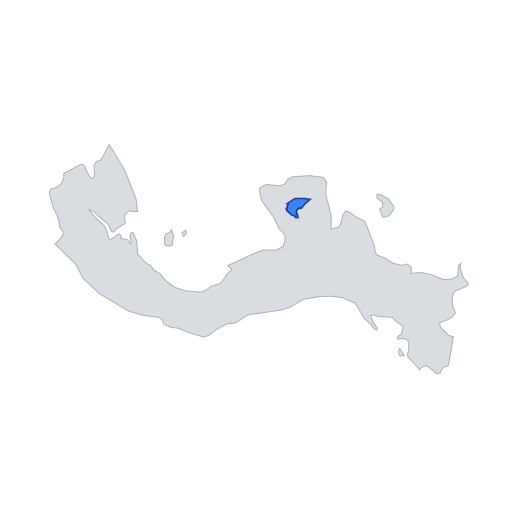 location of Macaracas, Los Santos, Panama, rotated 189°
{"feature_id": "35544464B79147268573624", "entity_name": "Macaracas", "entity_type": "district", "adm_level": 2, "iso_a3": "PAN", "parent_name": "Panama", "parent_adm1": "Los Santos", "projection": "albers", "projection_center": [-80.516, 7.678], "detail": "fine", "context": "in_parent", "style": "filled", "palette": "blue", "viewbox_px": 512, "rotation_deg": 189, "n_neighbors": 0, "source": "geoboundaries", "source_scale": "gbopen_adm2", "svg_char_len": 4939}
<svg xmlns="http://www.w3.org/2000/svg" viewBox="0 0 512 512"><g transform="rotate(189 256 256)"><path d="M456.7,236.7L455.3,237.7L451.3,243.6L449.1,248.6L454.4,253.8L456.0,259.4L459.0,265.5L463.6,271.6L468.9,282.9L470.1,287.5L468.7,290.4L463.8,292.3L459.2,297.6L458.0,304.1L458.9,307.3L445.2,317.8L441.6,319.5L439.3,317.9L436.3,312.8L432.8,308.6L430.9,307.1L429.8,307.1L428.7,308.1L428.2,310.3L430.1,320.1L428.6,324.0L423.9,327.1L418.6,342.9L416.5,341.0L398.7,319.7L383.3,293.4L380.0,281.5L384.0,280.7L387.8,281.0L389.9,279.1L392.3,275.6L390.3,267.6L397.7,261.4L400.5,257.2L402.5,257.7L407.4,264.7L414.5,268.7L423.2,274.5L428.6,275.8L421.7,269.7L410.0,261.7L406.7,256.4L403.5,249.0L399.0,252.2L396.9,254.9L394.5,256.5L392.4,254.7L392.1,252.3L385.1,251.8L383.4,249.7L381.5,248.5L382.4,253.1L383.8,255.9L383.0,259.4L380.8,259.6L378.9,256.1L376.4,252.9L373.1,239.4L365.2,233.1L361.6,231.0L358.6,230.2L354.3,225.9L348.5,223.7L340.6,217.0L331.0,212.2L319.2,210.6L305.0,211.7L300.2,214.3L296.9,217.7L295.4,219.3L287.0,223.2L283.8,228.8L281.8,233.5L277.6,238.9L282.4,242.1L254.9,260.4L249.4,263.1L237.0,264.9L234.2,266.9L230.4,270.5L229.9,276.0L230.5,280.7L234.1,284.2L237.3,286.5L245.0,297.4L258.6,311.0L261.2,316.0L263.3,323.4L259.2,326.9L256.0,328.4L243.0,329.0L238.6,331.9L236.7,336.5L231.9,340.1L215.1,343.8L202.0,344.2L197.9,340.0L196.9,328.1L188.1,307.8L186.0,293.8L183.7,295.5L179.1,297.1L177.5,300.6L176.3,310.9L174.5,314.4L170.9,314.1L163.5,310.4L153.6,307.0L141.0,285.1L139.7,281.0L137.2,276.0L127.5,273.9L119.2,270.2L110.2,269.6L105.5,271.7L100.8,269.0L100.0,263.0L90.5,265.7L78.3,264.7L67.4,262.1L59.9,263.4L53.7,267.6L54.5,278.5L52.6,280.6L52.4,276.2L50.2,271.1L47.6,266.8L42.2,262.4L41.9,260.8L44.1,258.6L54.1,252.3L55.3,249.6L55.5,244.1L54.6,238.8L50.1,231.0L52.7,226.2L57.9,222.3L63.2,219.3L64.1,218.0L63.1,215.4L60.1,212.5L52.9,207.6L48.6,207.2L48.5,193.2L48.8,178.4L49.9,176.9L52.5,176.0L54.6,173.8L55.8,169.4L59.0,167.9L64.7,171.3L70.4,174.3L72.9,173.3L74.7,171.9L75.9,170.4L76.4,169.1L81.0,173.1L90.4,180.1L91.0,183.6L90.1,186.9L92.6,196.4L97.6,197.8L102.5,196.0L103.7,197.7L102.8,199.5L100.2,201.4L99.6,209.6L107.7,213.4L111.7,216.8L125.2,215.3L130.2,216.2L133.6,215.2L129.8,208.7L124.8,203.8L125.2,201.6L129.0,203.2L131.9,206.6L138.6,210.7L150.7,224.9L164.7,228.4L175.8,228.0L186.1,226.1L202.6,220.6L214.5,210.6L224.0,206.1L254.7,196.6L265.6,186.7L270.2,185.4L274.6,184.1L284.3,176.6L289.4,170.7L294.9,167.8L311.2,169.9L321.7,172.6L329.0,172.2L336.0,174.2L339.0,178.4L342.2,180.2L359.4,179.7L373.5,181.7L404.4,194.2L423.0,206.5L432.8,219.7L456.7,236.7ZM146.2,335.8L142.2,336.1L134.0,332.9L127.9,326.8L127.5,324.8L127.6,322.7L130.9,316.5L135.3,314.3L137.0,314.3L141.2,321.6L138.4,324.4L139.5,328.9L145.5,332.2L146.2,335.8ZM345.0,265.8L343.5,268.9L340.1,262.0L340.6,260.2L340.4,253.8L343.6,252.2L346.0,252.0L348.0,252.9L349.3,260.3L348.3,263.7L345.0,265.8ZM100.5,183.7L99.6,187.2L94.0,180.9L97.4,179.9L98.6,180.0L100.5,183.7ZM332.7,267.3L329.4,270.6L328.2,267.5L330.4,264.3L331.2,264.2L332.7,267.3Z" fill="#d9dde1" stroke="#a8b0b8" stroke-width="1"/><path d="M211.3,320.5L217.9,320.3L226.4,318.9L233.6,312.5L232.5,312.4L232.4,312.3L232.4,312.1L232.3,311.9L232.2,311.8L232.2,311.7L232.3,311.7L232.2,311.6L232.3,311.5L232.3,311.4L232.5,311.3L232.6,311.2L232.7,310.9L232.7,310.7L232.8,310.6L232.7,310.4L232.8,310.3L232.9,310.2L233.0,310.0L233.1,309.9L233.1,309.7L232.9,309.4L232.9,309.2L232.8,308.9L232.8,308.7L232.8,308.4L232.7,308.3L232.8,308.2L233.0,308.0L233.0,307.9L233.3,307.8L233.3,307.7L233.5,307.6L233.6,307.4L233.5,307.2L233.4,307.2L233.4,306.9L233.2,306.9L233.2,306.7L233.0,306.4L232.9,306.4L232.7,306.2L232.7,305.9L232.5,305.7L232.4,305.5L232.4,305.4L232.2,305.4L232.0,305.2L228.8,303.1L227.7,302.2L224.0,301.4L222.9,300.3L222.9,300.2L222.7,300.1L221.1,300.4L221.3,300.5L221.5,300.5L221.4,300.8L221.2,300.9L221.1,301.0L220.9,301.1L220.9,301.3L221.0,301.4L221.0,301.5L220.9,301.6L221.0,301.7L221.1,301.8L221.0,302.0L220.9,302.1L221.0,302.3L221.1,302.5L221.3,302.7L221.3,302.8L221.4,303.1L221.5,303.2L221.8,303.1L221.9,303.3L222.1,303.4L222.1,303.5L222.1,303.8L222.0,304.0L222.3,304.1L222.2,303.9L222.3,303.8L222.6,303.9L222.6,304.0L222.5,304.3L222.5,304.5L222.4,304.6L222.5,304.7L222.5,304.9L222.5,305.0L222.7,305.3L222.8,305.4L223.0,305.4L223.0,305.5L223.0,305.8L223.0,306.0L223.1,306.3L223.2,306.5L222.9,306.9L222.9,307.0L222.9,307.3L222.9,307.5L222.8,307.8L222.7,307.9L222.4,307.8L222.3,308.0L222.2,308.3L222.2,308.5L222.1,308.8L222.1,309.0L221.9,309.4L221.7,309.4L221.6,309.6L221.4,309.7L221.2,309.7L220.9,309.6L220.7,309.7L220.5,309.8L220.6,310.0L220.6,310.3L220.5,310.5L220.4,310.5L220.3,310.4L220.2,310.4L220.1,310.5L220.0,310.4L219.9,310.3L219.8,310.2L219.7,310.1L219.4,310.2L219.3,310.3L219.2,310.3L218.9,310.4L218.7,310.3L218.6,310.5L218.4,310.6L218.4,310.8L218.2,310.9L218.1,311.0L217.9,311.0L217.8,311.4L217.9,311.6L215.5,315.6L211.3,320.5Z" fill="#3b82f6" stroke="#1e3a8a" stroke-width="1.5"/></g></svg>